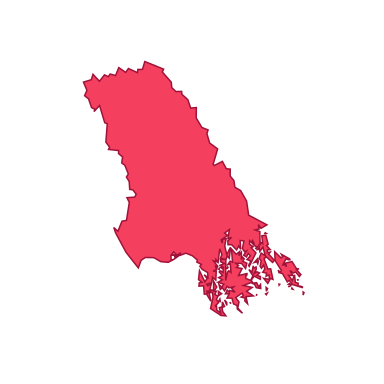 Marlborough District, Marlborough District, New Zealand (Robinson projection), rotated 111°
{"feature_id": "76426892B14162355231744", "entity_name": "Marlborough District", "entity_type": "district", "adm_level": 2, "iso_a3": "NZL", "parent_name": "New Zealand", "parent_adm1": "Marlborough District", "projection": "robinson", "projection_center": [173.954, -41.576], "detail": "fine", "context": "isolated", "style": "filled", "palette": "rose", "viewbox_px": 384, "rotation_deg": 111, "n_neighbors": 0, "source": "geoboundaries", "source_scale": "gbopen_adm2", "svg_char_len": 6055}
<svg xmlns="http://www.w3.org/2000/svg" viewBox="0 0 384 384"><g transform="rotate(111 192 192)"><path d="M87.5,262.5L87.1,282.8L95.3,282.2L97.0,286.5L100.1,285.7L99.5,295.6L104.1,296.8L102.1,304.9L110.6,305.1L111.2,310.7L114.3,311.5L114.0,315.7L121.8,318.1L117.6,326.6L123.3,326.3L128.3,332.7L134.8,326.5L140.6,326.8L142.1,322.0L149.2,316.0L149.5,312.4L152.0,312.3L144.4,309.3L158.6,298.3L158.6,295.6L176.3,290.3L179.7,285.0L182.2,285.2L179.6,275.4L182.5,274.3L184.1,269.4L190.1,268.0L191.1,264.3L198.0,257.9L201.6,258.6L204.7,254.4L211.9,251.1L211.2,248.0L214.0,243.4L217.2,243.5L220.6,250.7L224.2,246.8L242.0,243.0L244.3,246.9L255.2,247.1L253.2,252.3L257.6,248.6L272.0,231.9L282.1,214.9L273.9,215.0L269.8,212.0L267.0,204.1L268.2,196.1L266.2,189.0L261.7,185.0L255.7,181.1L255.1,179.9L255.4,181.7L261.6,185.0L263.1,187.1L258.5,189.0L257.3,185.5L256.8,188.3L254.5,187.7L256.3,183.5L253.3,181.0L255.0,179.9L251.3,175.8L251.4,168.8L253.6,162.6L255.7,162.4L256.2,157.3L258.6,158.0L260.5,154.9L261.6,148.6L266.2,146.4L264.9,151.0L267.4,146.9L271.3,147.8L262.8,156.8L271.5,154.5L272.7,150.4L274.2,152.7L277.4,151.8L275.5,147.5L283.0,143.9L282.0,141.9L287.2,135.3L279.5,140.1L280.9,141.4L279.3,142.7L278.4,140.2L270.7,141.1L273.9,143.6L272.9,145.3L269.6,141.1L264.2,142.3L265.7,138.2L257.2,141.0L258.4,144.0L255.5,141.3L252.2,144.0L253.4,141.1L251.9,141.7L248.6,147.3L248.4,144.4L246.5,145.5L247.1,144.0L247.8,143.5L248.5,142.7L248.6,142.4L235.1,145.7L239.6,141.7L243.6,141.7L242.9,136.8L245.0,141.2L246.9,140.1L247.1,136.0L250.4,139.6L251.1,134.8L252.2,138.1L253.0,135.1L256.1,134.2L255.3,136.9L256.9,137.9L259.0,133.6L262.4,136.4L263.1,132.1L267.0,135.4L266.6,129.2L270.1,130.2L268.7,133.7L272.9,130.7L270.5,129.4L272.6,126.2L267.4,125.5L268.3,123.4L265.6,119.1L268.0,120.4L270.1,115.8L270.3,121.5L272.1,121.4L270.9,124.0L275.1,124.3L273.6,120.8L278.5,121.3L276.8,116.7L281.6,113.1L281.8,109.3L285.0,107.8L287.1,101.4L283.9,107.7L277.8,108.7L274.9,113.4L268.4,109.0L270.5,106.9L272.5,108.5L272.0,104.2L274.7,103.8L276.4,100.1L270.3,104.1L267.0,97.5L265.1,105.4L259.5,101.6L260.9,110.5L255.5,104.5L255.7,101.8L253.1,105.1L248.3,103.9L249.0,96.9L246.3,97.9L246.6,101.6L243.4,99.9L243.2,102.8L245.8,104.8L240.9,104.3L239.0,105.4L241.3,107.4L238.9,108.4L245.2,107.3L244.0,111.1L248.4,105.1L253.5,105.6L253.4,110.7L251.1,111.9L250.5,111.1L249.9,112.0L248.8,111.1L248.4,111.5L253.3,118.6L245.5,117.8L246.5,123.4L243.9,122.2L242.8,125.7L240.9,120.1L244.2,114.6L238.8,115.3L238.5,119.9L235.7,119.3L234.7,121.4L237.4,121.7L230.5,124.3L234.7,125.5L230.5,126.2L234.3,128.5L231.0,134.8L243.0,129.0L242.9,131.6L247.0,132.6L245.4,130.5L253.1,126.8L252.3,129.4L253.9,130.1L262.6,128.9L243.4,136.0L239.2,136.3L240.5,133.4L229.8,136.3L238.0,137.1L230.6,142.1L223.2,143.4L225.3,146.6L228.8,145.4L226.3,147.7L219.7,143.2L218.6,146.8L213.6,143.6L222.5,141.8L220.2,138.7L224.7,141.1L228.3,139.5L227.0,136.1L230.1,129.6L225.6,129.1L228.1,126.0L220.0,129.7L219.1,126.0L226.6,124.7L229.0,121.4L227.5,120.0L232.5,121.1L233.1,117.9L229.2,117.5L230.6,114.6L235.4,116.5L235.2,113.2L237.2,112.1L238.6,112.8L240.4,112.7L241.0,111.9L225.9,110.5L222.9,116.7L221.2,115.3L220.1,119.6L216.8,120.7L218.5,116.9L217.5,116.7L216.3,118.2L215.6,118.1L217.7,115.6L219.3,115.5L220.2,111.2L217.8,110.5L223.2,107.4L218.1,106.0L225.4,100.6L224.2,105.5L229.8,105.6L231.6,102.7L236.9,101.8L238.3,99.8L234.4,98.9L237.9,96.4L241.6,97.2L241.0,93.3L244.1,92.7L241.8,90.4L245.8,88.3L246.9,94.2L250.2,88.5L244.6,87.7L244.6,85.1L235.5,91.0L236.7,93.6L228.5,100.8L225.9,99.5L228.9,91.5L226.3,90.6L222.6,98.0L220.0,97.4L221.6,99.9L219.0,100.9L217.7,98.3L215.3,103.2L213.6,102.1L205.8,107.7L207.9,111.1L214.9,107.5L214.4,109.8L217.2,109.4L204.6,114.5L204.8,119.5L202.5,116.1L198.6,118.4L201.2,114.6L195.8,110.3L193.3,130.8L180.9,137.8L173.2,147.1L172.2,153.6L166.3,157.0L163.4,162.1L156.9,164.5L158.0,168.3L152.5,174.6L159.3,180.7L158.5,182.2L142.6,183.5L140.0,193.0L132.2,199.0L128.3,199.2L128.2,205.9L121.4,214.6L111.6,218.2L114.1,223.3L107.3,229.0L104.4,236.5L101.8,237.7L104.0,243.1L101.8,248.3L96.9,250.7L90.6,262.7L87.5,262.5ZM241.7,54.8L241.1,54.8L241.0,56.7L241.7,59.3L239.1,60.2L239.4,63.1L232.5,66.6L238.7,66.6L235.2,72.0L233.8,68.0L230.2,72.5L231.3,68.4L229.5,66.5L232.5,61.5L230.1,60.7L227.0,66.7L225.4,64.5L226.2,66.9L221.1,73.7L225.5,80.1L226.2,78.1L228.2,77.1L226.4,78.5L227.6,81.1L220.8,80.3L220.7,77.7L220.2,76.3L219.5,76.7L218.1,86.2L219.9,84.1L221.6,85.3L218.1,93.4L226.1,89.9L233.3,80.4L235.5,80.9L234.0,83.5L236.1,82.0L235.7,78.3L241.8,70.8L239.6,69.5L242.4,64.9L241.7,54.8ZM295.5,116.0L292.5,120.6L289.1,122.5L287.2,120.6L283.7,124.2L288.4,122.7L290.2,125.1L294.7,121.8L293.4,126.5L289.4,128.4L290.5,129.7L285.6,127.5L283.7,130.7L279.9,130.5L279.5,133.9L275.9,133.8L276.7,135.9L271.9,134.8L267.6,139.8L276.2,136.7L276.5,138.9L279.4,139.0L278.5,136.8L282.7,134.7L294.2,132.9L296.9,120.7L295.5,116.0ZM257.5,93.2L253.7,94.9L256.7,95.7L253.5,99.2L254.8,101.6L258.3,97.7L257.5,93.2ZM279.4,130.1L276.3,127.9L275.3,131.8L279.4,130.1ZM235.4,104.9L232.8,105.2L230.8,106.9L235.5,108.6L233.9,106.5L235.4,104.9ZM258.0,87.0L255.1,86.8L254.5,88.6L258.0,87.0ZM248.4,51.3L245.7,51.4L245.5,52.4L248.4,51.3ZM258.6,183.9L256.0,185.2L258.4,185.1L258.6,183.9ZM281.1,122.9L285.4,118.8L282.7,120.0L281.1,122.9ZM284.0,126.4L281.9,127.6L283.9,127.9L284.0,126.4ZM243.5,68.9L243.0,66.9L242.4,68.2L243.5,68.9ZM261.3,85.8L259.4,85.5L260.8,86.8L261.3,85.8ZM251.4,132.0L249.6,131.3L249.2,131.8L251.4,132.0ZM281.5,117.4L282.2,115.6L281.8,116.1L281.5,117.4ZM245.8,64.3L246.7,64.2L246.6,63.0L245.8,64.3ZM245.0,66.8L244.4,66.6L245.9,68.4L245.0,66.8ZM221.5,111.9L221.9,113.0L221.9,111.7L221.5,111.9ZM265.0,94.7L264.0,94.8L265.8,95.0L265.0,94.7ZM222.3,110.3L221.8,109.6L221.2,110.2L222.3,110.3ZM204.4,109.1L204.0,108.1L203.8,109.0L204.4,109.1ZM259.4,185.1L259.1,184.3L259.4,185.1ZM256.9,183.1L256.1,182.4L255.6,182.3L256.9,183.1ZM247.7,77.3L246.7,77.0L246.8,77.8L247.7,77.3ZM254.7,138.8L253.9,139.0L254.5,139.4L254.7,138.8ZM236.8,61.4L236.0,61.5L236.1,61.9L236.8,61.4Z" fill="#f43f5e" stroke="#9f1239" stroke-width="1.5"/></g></svg>